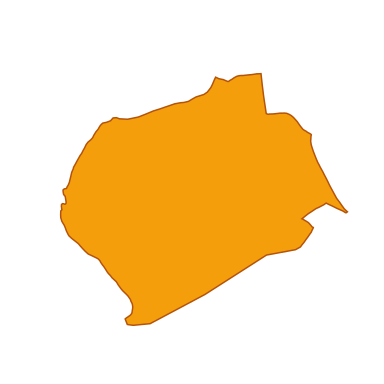 Reduit, Gros Islet, Saint Lucia, rotated 324°
{"feature_id": "8701671B96547889187506", "entity_name": "Reduit", "entity_type": "district", "adm_level": 2, "iso_a3": "LCA", "parent_name": "Saint Lucia", "parent_adm1": "Gros Islet", "projection": "orthographic", "projection_center": [-60.961, 14.069], "detail": "fine", "context": "isolated", "style": "filled", "palette": "amber", "viewbox_px": 384, "rotation_deg": 324, "n_neighbors": 0, "source": "geoboundaries", "source_scale": "gbopen_adm2", "svg_char_len": 3584}
<svg xmlns="http://www.w3.org/2000/svg" viewBox="0 0 384 384"><g transform="rotate(324 192 192)"><path d="M278.6,113.0L277.3,113.7L276.0,114.4L271.7,117.0L268.6,118.6L263.1,120.2L259.0,120.1L251.2,117.5L247.2,117.0L242.4,116.6L238.1,114.8L235.3,113.1L229.9,110.5L223.6,108.6L220.1,107.5L214.8,105.9L208.3,103.7L200.7,101.9L195.3,100.5L193.7,100.1L192.4,99.7L182.7,95.3L176.4,90.2L174.5,87.4L171.7,85.7L168.0,86.5L163.9,85.4L160.3,83.8L158.4,84.0L157.0,84.3L154.9,85.1L153.6,85.8L152.3,86.2L151.1,86.5L149.5,86.9L147.6,87.7L145.9,88.4L143.5,89.7L140.7,90.3L137.3,90.5L134.3,91.4L130.8,93.3L128.7,94.2L126.0,95.6L125.4,95.9L122.7,96.8L119.7,98.2L116.9,99.5L114.0,100.9L110.7,102.4L109.2,103.7L107.9,104.4L106.1,105.5L103.6,107.7L100.9,110.0L98.4,112.1L96.0,113.6L93.8,114.5L92.9,115.2L92.2,115.3L91.8,115.0L90.4,114.4L88.8,114.6L87.9,116.0L86.8,118.2L86.7,120.0L86.9,120.9L84.2,126.2L83.5,127.0L82.6,127.4L81.9,127.1L81.3,126.1L80.3,125.3L79.1,125.4L77.9,126.8L76.7,129.0L76.3,129.9L75.2,130.1L74.7,130.2L72.5,133.0L70.7,135.7L69.5,139.2L69.3,140.8L69.1,143.7L68.5,146.3L67.5,149.7L66.8,153.7L66.7,155.2L66.8,155.6L67.2,157.8L67.6,159.6L68.7,163.4L69.7,167.1L69.9,170.1L70.3,173.8L70.8,177.5L71.6,181.2L73.4,184.4L75.8,188.9L76.7,190.7L77.1,193.2L76.8,195.3L76.7,198.2L76.8,200.8L76.6,204.4L76.4,207.2L76.5,209.4L76.7,210.3L76.9,212.3L76.9,214.5L77.3,216.5L77.9,219.5L78.0,219.8L77.9,221.9L77.7,223.6L77.7,226.0L77.7,228.6L77.9,231.1L78.3,233.5L78.8,236.3L79.1,238.8L79.0,241.1L79.0,242.7L78.4,244.4L78.0,247.0L77.4,248.5L76.4,250.3L75.2,251.6L73.9,252.9L72.8,254.1L71.8,254.8L69.9,255.4L67.0,255.4L64.8,255.3L63.3,255.4L62.5,258.4L62.3,259.3L61.9,260.7L61.8,261.1L62.4,261.8L66.1,265.3L80.7,273.9L142.2,282.5L215.2,286.8L241.8,299.5L247.3,300.2L248.1,300.0L249.8,299.4L252.7,298.7L256.4,297.4L259.6,296.4L261.8,295.6L264.9,294.6L266.0,293.9L266.5,293.6L268.5,292.6L269.3,292.0L268.6,290.7L268.6,288.9L268.2,285.2L267.0,282.2L266.6,281.4L265.8,279.3L265.2,278.3L268.9,278.1L273.3,277.9L276.9,278.1L282.6,278.3L285.8,279.0L291.3,279.8L294.0,279.8L295.1,282.0L297.4,286.1L299.4,290.0L302.9,296.1L304.0,298.9L304.5,299.4L306.1,299.4L305.3,295.2L305.3,292.4L305.3,290.6L305.4,287.3L305.3,283.7L305.3,282.0L306.7,271.4L307.1,268.4L307.4,266.5L308.0,263.4L308.2,262.1L308.4,261.0L309.0,256.8L309.2,255.5L309.7,252.5L310.4,246.8L310.8,244.7L311.0,242.9L311.3,241.2L311.6,240.0L311.7,239.4L312.5,236.2L313.7,231.7L314.1,230.2L315.3,226.5L316.2,223.9L316.7,222.9L317.9,220.6L319.4,218.8L318.3,220.2L319.7,218.5L320.8,217.1L322.2,215.8L322.2,215.3L321.6,213.8L320.8,212.2L320.4,211.2L320.3,210.9L320.1,210.4L320.0,209.7L319.3,208.5L318.7,206.8L318.5,205.8L318.5,204.6L318.4,203.2L318.4,202.4L318.4,201.1L318.4,199.4L318.5,196.9L318.4,195.9L318.2,194.1L318.1,193.1L317.9,191.4L317.6,190.0L317.2,188.5L317.0,188.0L316.1,186.0L315.5,185.1L314.8,183.9L314.5,183.7L313.1,182.4L311.7,181.5L309.3,179.8L308.2,179.2L303.8,176.7L302.6,175.9L301.0,174.8L300.3,174.3L300.0,174.2L299.3,173.9L299.1,173.6L298.7,173.2L298.5,172.8L298.4,172.3L298.2,172.1L303.5,161.9L303.8,161.3L305.9,157.3L307.2,154.9L311.8,146.6L317.4,136.8L317.1,136.6L316.7,136.4L316.0,135.9L314.7,135.1L313.8,134.4L312.9,134.0L311.0,133.0L308.9,131.9L307.3,130.9L305.0,129.6L301.7,127.7L300.3,126.7L299.3,126.0L298.7,125.8L297.8,125.3L296.1,124.7L293.8,124.4L292.9,124.3L291.4,124.3L290.4,124.3L289.2,124.1L288.0,124.0L287.1,124.0L286.7,124.1L286.0,123.7L285.8,123.4L285.2,122.5L284.1,120.7L283.9,120.4L283.7,119.9L283.2,119.2L282.4,118.4L280.3,116.1L280.0,115.5L278.6,113.0Z" fill="#f59e0b" stroke="#b45309" stroke-width="1.5"/></g></svg>